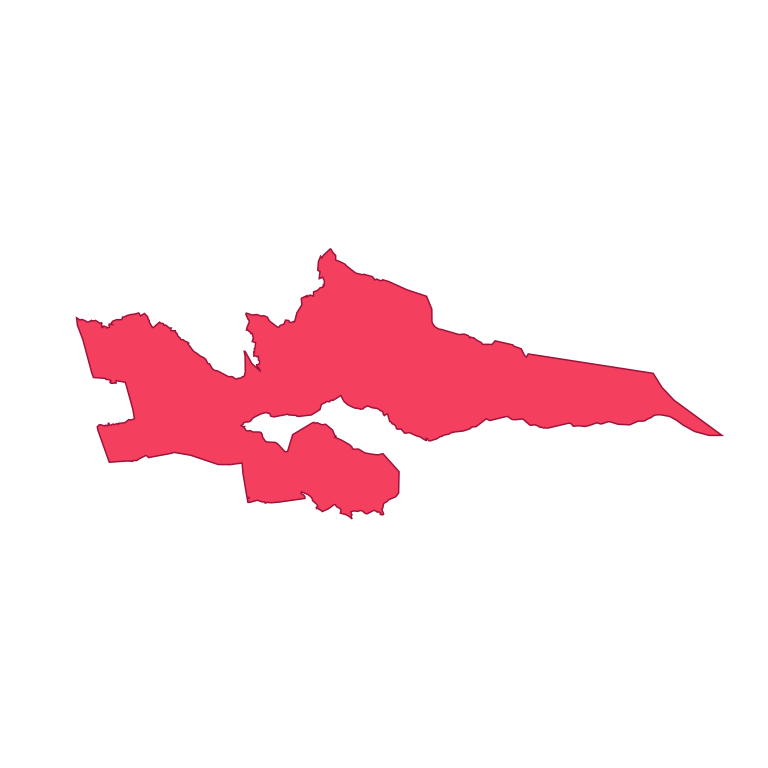 Tetela del Volcán, Morelos, Mexico, rotated 64°
{"feature_id": "50627088B54865100778576", "entity_name": "Tetela del Volcán", "entity_type": "district", "adm_level": 2, "iso_a3": "MEX", "parent_name": "Mexico", "parent_adm1": "Morelos", "projection": "orthographic", "projection_center": [-98.713, 18.918], "detail": "fine", "context": "isolated", "style": "filled", "palette": "rose", "viewbox_px": 768, "rotation_deg": 64, "n_neighbors": 0, "source": "geoboundaries", "source_scale": "gbopen_adm2", "svg_char_len": 6170}
<svg xmlns="http://www.w3.org/2000/svg" viewBox="0 0 768 768"><g transform="rotate(64 384 384)"><path d="M492.4,137.4L420.2,241.2L422.2,244.1L420.0,245.2L412.5,245.2L407.2,250.5L405.4,251.0L393.9,265.2L395.8,269.5L391.5,278.1L389.6,278.3L384.5,281.9L382.2,282.8L379.6,285.9L380.1,286.7L377.3,287.1L374.3,290.1L372.4,295.0L360.2,308.4L358.6,310.7L355.0,313.1L350.9,313.8L348.8,313.5L337.7,308.2L323.8,307.3L309.5,322.0L293.9,334.9L289.7,339.5L290.2,340.0L289.6,341.9L286.4,344.7L286.5,346.6L283.4,347.1L282.1,347.7L276.5,354.1L276.2,355.7L272.0,360.7L261.6,365.9L259.4,366.4L254.5,370.1L251.4,373.1L247.3,371.1L243.3,372.3L239.5,372.6L239.0,373.1L241.8,382.3L243.6,384.6L241.4,385.0L245.1,389.2L252.8,393.7L254.8,392.2L260.9,396.1L261.2,392.3L265.5,392.4L267.6,393.9L268.9,394.3L268.4,395.2L269.9,395.5L269.7,396.2L270.2,396.4L269.5,399.4L270.2,400.8L270.7,403.4L270.3,406.8L274.0,409.0L271.6,411.5L271.9,414.6L271.6,415.6L270.8,414.8L270.7,420.4L271.1,421.0L276.8,423.1L281.8,431.1L288.7,436.9L288.6,437.8L288.2,437.8L288.1,440.2L287.2,441.8L285.2,441.8L283.4,444.5L286.4,447.6L286.0,448.1L286.3,449.1L285.8,451.5L286.9,453.9L285.8,455.0L277.3,459.3L272.7,459.6L269.9,462.1L269.2,464.5L265.8,467.8L264.2,472.3L259.9,476.7L260.8,477.6L265.6,477.8L267.9,477.4L269.3,478.0L273.1,482.3L275.2,484.0L275.8,482.7L276.9,482.6L278.0,481.7L280.4,481.5L280.7,480.3L285.4,481.3L288.1,483.8L290.5,481.3L295.4,484.2L295.3,485.0L298.4,486.4L298.1,487.0L301.9,488.7L302.3,487.2L303.8,486.2L304.2,484.8L307.6,486.4L308.2,485.9L309.5,485.9L311.5,487.8L310.9,489.9L312.9,490.8L314.3,489.5L317.7,489.4L318.0,489.6L307.8,493.8L293.9,494.5L293.3,495.3L298.2,496.7L312.4,503.4L315.7,506.1L315.4,508.1L315.9,510.1L314.8,512.6L315.2,514.0L314.0,515.4L310.8,517.2L309.3,520.5L299.3,527.8L296.9,530.9L294.0,531.7L289.4,532.0L288.5,533.3L283.8,533.4L281.6,534.3L277.5,537.4L275.5,538.1L271.2,540.8L262.0,542.6L261.7,541.6L260.5,542.0L258.2,544.2L256.3,545.0L255.0,547.2L253.6,547.0L250.5,548.3L247.9,547.9L245.9,548.7L244.6,548.2L243.0,551.8L241.8,552.0L240.4,550.7L239.7,552.3L235.4,554.4L234.8,556.0L234.2,555.7L232.9,556.0L231.2,558.2L230.0,558.7L232.2,566.7L231.1,567.4L225.4,567.8L224.0,567.1L222.6,567.5L219.7,567.0L215.6,568.4L216.0,573.0L212.6,573.3L211.9,577.2L210.4,581.7L209.8,585.2L209.9,588.3L209.2,589.7L210.7,590.8L210.9,592.2L209.0,596.1L208.6,600.2L209.9,602.8L211.4,602.2L209.7,604.7L210.7,605.5L211.6,605.4L212.7,606.0L212.0,608.5L211.6,608.1L209.2,610.3L208.9,611.5L209.9,612.0L209.6,612.7L207.0,612.0L205.7,610.9L205.2,611.1L204.6,612.8L200.4,615.4L200.0,617.2L198.9,619.2L198.5,619.2L198.8,621.8L198.4,623.5L195.6,625.2L193.3,627.6L193.3,629.1L189.7,631.3L196.8,633.8L212.0,635.2L245.0,641.6L250.8,642.3L256.7,632.1L257.7,632.1L260.8,628.0L261.9,628.4L262.2,629.6L263.7,629.0L265.7,624.4L263.6,623.3L269.1,615.7L296.5,620.8L305.7,623.5L305.7,626.6L304.1,629.0L305.2,633.8L303.0,639.9L303.8,640.4L302.4,641.7L302.6,642.6L302.0,644.5L301.2,645.1L301.3,647.0L300.8,648.6L300.3,649.0L298.9,648.4L298.5,649.0L300.4,650.4L299.0,652.4L299.4,653.2L296.0,657.1L296.0,658.5L296.8,660.5L300.0,661.4L333.9,665.2L340.7,648.3L343.2,643.9L342.8,643.8L343.2,641.9L344.1,640.6L344.4,639.1L344.0,638.3L343.8,629.7L344.9,628.5L346.9,627.9L352.9,606.2L353.5,602.6L363.2,589.1L383.7,568.3L389.0,557.7L392.8,546.2L402.4,549.9L426.4,557.0L426.8,555.1L427.3,555.2L426.8,557.1L430.6,558.2L431.1,557.6L431.8,555.1L433.0,548.7L436.8,544.9L437.6,543.1L439.0,543.0L439.3,540.7L441.3,537.5L444.1,530.2L452.2,505.2L450.6,504.6L448.7,504.8L446.2,506.5L444.7,505.5L449.9,500.9L452.7,499.4L455.3,498.8L457.6,499.3L462.0,497.4L464.7,496.9L465.3,499.0L466.4,499.2L467.2,497.4L468.2,497.4L469.4,496.3L471.6,495.4L471.8,488.6L470.5,481.8L471.0,480.8L473.7,480.3L476.8,478.0L479.0,478.1L480.9,479.9L484.4,475.8L487.1,473.7L491.4,471.7L489.1,471.9L487.3,470.0L486.1,470.3L484.4,469.6L484.8,466.8L487.1,463.2L487.2,461.3L488.0,459.7L489.2,458.7L491.2,458.1L492.7,457.0L493.3,455.8L493.1,448.4L495.4,446.4L496.0,446.4L497.1,444.3L498.5,443.8L499.5,444.5L501.1,442.5L500.7,441.3L495.7,440.9L495.1,439.6L491.8,437.2L491.1,435.8L491.0,433.0L490.1,430.4L490.5,422.9L488.5,418.7L469.4,408.9L446.2,415.5L445.0,420.6L441.3,426.4L437.4,431.5L431.3,435.4L429.5,439.5L428.3,440.6L426.4,440.5L423.6,441.5L415.8,446.8L410.3,451.5L409.9,450.0L408.4,450.8L402.8,450.4L394.6,454.1L393.5,457.6L389.4,461.2L389.5,462.7L387.8,463.7L387.5,465.7L389.5,488.3L402.3,500.2L401.6,502.6L390.6,506.0L388.8,507.4L384.6,514.9L383.3,515.7L378.8,516.4L375.5,515.6L373.9,515.8L372.6,516.9L369.9,522.4L368.9,523.7L367.5,524.2L366.3,527.4L365.3,528.3L361.4,528.9L361.1,528.1L360.2,529.8L358.7,530.6L358.4,528.4L357.4,527.3L357.6,524.2L358.5,523.1L358.8,521.6L358.8,520.2L357.3,517.3L356.9,514.5L356.9,507.6L357.8,503.0L360.4,499.6L363.3,499.9L365.3,497.4L369.0,483.6L370.0,483.3L373.7,476.8L374.5,476.6L375.8,474.8L380.0,462.7L378.9,452.7L375.2,449.5L374.8,448.3L375.0,445.5L374.6,443.1L376.1,440.8L375.3,438.8L376.4,436.8L375.4,427.9L382.1,427.6L386.6,425.8L392.3,421.4L395.0,417.4L396.3,416.3L397.2,413.5L396.5,412.2L396.5,408.3L400.5,404.7L400.6,403.9L401.8,402.9L402.2,401.7L404.2,399.9L406.3,399.0L407.9,397.5L409.6,397.3L410.5,397.9L412.5,397.6L412.2,394.9L412.6,393.9L420.1,395.3L421.4,394.3L423.2,394.1L425.6,392.2L427.9,391.9L429.4,392.4L430.5,391.7L432.0,388.4L437.3,387.0L438.9,382.4L444.8,377.6L447.1,374.9L452.2,371.8L453.2,370.7L451.4,370.1L452.4,368.8L454.1,368.9L455.3,367.7L456.4,360.6L455.9,356.4L456.5,354.8L456.1,353.3L457.5,347.4L457.0,344.3L457.6,344.0L458.0,341.7L461.0,333.3L461.9,326.5L461.2,323.9L462.7,319.9L460.1,307.3L463.2,305.0L466.7,288.9L467.4,287.1L472.0,284.5L473.6,281.8L476.2,274.6L484.9,270.9L486.1,268.7L486.4,266.8L488.8,264.3L491.0,263.0L491.9,261.3L493.2,260.3L495.5,255.8L500.2,235.1L501.6,233.2L504.8,232.5L505.1,232.0L506.9,227.2L510.2,222.1L511.3,217.5L512.2,209.7L514.8,206.9L515.3,205.6L516.1,199.5L516.8,197.7L522.8,191.3L528.4,181.1L528.8,171.8L531.0,167.3L531.4,165.1L531.0,162.9L531.3,158.4L530.7,156.3L530.9,153.3L532.9,148.9L538.3,141.6L544.4,137.2L551.8,133.3L563.0,125.5L572.8,114.2L578.3,102.8L525.8,130.4L508.8,135.7L492.4,137.4Z" fill="#f43f5e" stroke="#9f1239" stroke-width="1.5"/></g></svg>